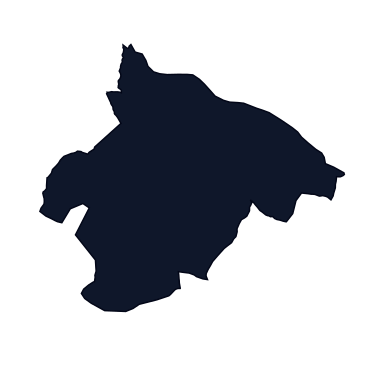 Obowo, Imo, Nigeria (Equal Earth projection), rotated 281°
{"feature_id": "59680162B2017456399117", "entity_name": "Obowo", "entity_type": "district", "adm_level": 2, "iso_a3": "NGA", "parent_name": "Nigeria", "parent_adm1": "Imo", "projection": "equal_earth", "projection_center": [7.374, 5.555], "detail": "fine", "context": "isolated", "style": "filled", "palette": "ink", "viewbox_px": 384, "rotation_deg": 281, "n_neighbors": 0, "source": "geoboundaries", "source_scale": "gbopen_adm2", "svg_char_len": 3334}
<svg xmlns="http://www.w3.org/2000/svg" viewBox="0 0 384 384"><g transform="rotate(281 192 192)"><path d="M302.5,145.2L301.9,137.8L302.6,131.3L306.9,124.8L312.4,121.6L316.7,117.8L317.9,116.8L318.5,109.5L325.1,103.9L323.2,102.5L321.1,102.3L320.7,101.4L321.2,100.0L323.1,96.3L321.2,96.8L320.4,96.7L319.9,97.4L318.6,97.9L315.9,98.0L314.6,97.7L313.8,97.4L313.0,97.4L312.2,97.8L310.7,99.2L309.5,98.4L308.4,98.2L307.7,98.3L306.9,98.7L305.6,98.7L304.0,98.0L301.7,97.9L300.3,98.2L296.8,97.5L295.6,98.5L294.5,99.3L293.8,99.6L292.9,99.9L291.9,100.1L290.9,99.9L290.0,99.9L288.7,99.3L287.9,98.8L287.4,98.5L286.5,98.5L285.9,98.7L285.1,99.0L284.4,99.3L283.8,99.5L283.1,99.5L282.3,99.4L280.8,99.6L280.4,99.6L279.8,100.6L279.0,102.6L278.0,103.3L277.0,103.5L276.0,103.7L276.1,102.6L276.2,101.4L276.1,99.9L275.7,97.9L275.3,96.1L275.1,93.8L274.3,92.1L273.9,91.0L273.7,89.8L273.5,90.0L272.2,89.4L269.6,91.3L265.4,94.3L264.0,95.4L263.5,95.4L262.3,96.3L261.1,97.6L260.5,98.1L259.4,98.4L258.1,98.8L257.6,99.1L255.8,100.6L254.6,100.7L253.6,101.4L252.8,102.7L250.9,104.8L245.8,109.2L217.6,87.9L215.4,87.7L211.4,83.5L209.2,82.4L209.5,80.7L209.9,76.8L210.5,75.4L210.4,73.4L210.2,71.7L208.9,70.6L207.7,68.6L206.8,66.2L204.6,62.8L202.6,59.6L200.8,58.3L198.0,56.6L195.6,55.8L194.5,55.3L191.6,53.6L187.5,50.8L183.6,50.4L178.8,47.8L178.3,47.0L170.5,48.0L167.6,48.6L164.7,47.0L163.9,46.0L162.4,45.8L159.7,47.0L157.2,48.2L154.0,48.9L151.8,49.0L147.3,46.9L143.9,46.4L140.5,53.2L139.1,58.8L137.8,63.1L137.2,65.6L137.0,70.1L152.3,75.7L159.9,87.1L156.8,94.2L127.7,85.8L106.8,110.2L96.0,113.0L91.7,112.6L89.8,113.2L85.4,113.4L84.8,112.3L81.1,108.4L76.0,104.2L71.3,102.8L67.0,107.0L63.6,114.3L58.9,128.9L60.7,140.5L62.1,149.7L66.4,156.3L71.7,161.6L79.5,178.1L85.7,189.1L87.3,190.4L90.3,192.3L92.8,193.9L94.0,195.3L94.6,196.6L94.9,197.9L95.1,198.8L95.6,198.7L100.3,196.9L102.4,196.4L104.3,195.8L108.1,194.8L111.2,193.8L111.5,199.2L111.9,204.7L111.0,210.1L109.8,212.5L108.8,219.3L109.0,223.9L112.3,221.8L114.6,221.5L119.1,222.6L123.6,224.2L127.7,225.5L134.0,229.1L142.7,234.3L146.0,237.1L149.8,240.5L154.0,241.9L156.6,243.6L161.5,243.9L164.5,243.2L170.0,244.4L174.3,245.8L176.6,248.5L178.7,250.4L183.9,251.9L184.6,252.0L186.9,251.6L188.1,251.4L189.0,251.6L189.6,252.0L192.8,252.7L195.4,250.8L194.7,252.0L194.6,252.4L193.7,253.8L193.0,255.0L192.2,255.8L191.3,256.9L189.5,259.2L187.0,262.0L186.7,262.5L185.7,264.8L184.7,266.7L183.8,268.4L183.5,269.1L183.2,271.0L183.3,271.7L183.2,272.3L183.0,272.9L182.7,273.7L182.8,273.9L183.0,274.7L183.2,275.8L182.9,276.6L181.8,278.1L181.2,280.6L181.2,282.0L181.2,283.3L181.0,285.4L180.8,286.7L180.7,289.5L180.8,290.3L190.0,295.0L203.4,295.7L211.9,299.7L212.5,306.4L212.6,309.2L212.9,311.1L213.1,313.2L212.3,317.7L212.6,318.9L213.4,320.9L213.3,324.0L212.9,326.1L210.8,329.9L215.1,331.3L217.8,331.3L223.4,331.9L226.9,331.3L229.7,331.4L234.6,331.0L235.2,334.6L235.8,335.6L237.0,337.2L238.3,338.2L239.9,337.4L240.2,336.2L243.4,326.4L245.3,317.5L251.3,315.1L255.0,311.8L257.5,305.4L262.4,296.4L266.7,289.1L271.0,284.3L274.0,278.6L276.5,272.9L279.6,265.6L281.4,261.0L281.5,260.7L284.6,252.6L285.8,245.3L286.5,239.6L289.0,225.8L288.5,220.0L287.4,211.9L288.0,205.4L290.5,196.4L294.8,190.8L298.8,185.5L300.3,183.5L304.0,177.8L307.1,170.5L306.5,164.8L304.8,155.8L303.1,148.0L302.5,145.2Z" fill="#0f172a" stroke="#020617" stroke-width="1.5"/></g></svg>